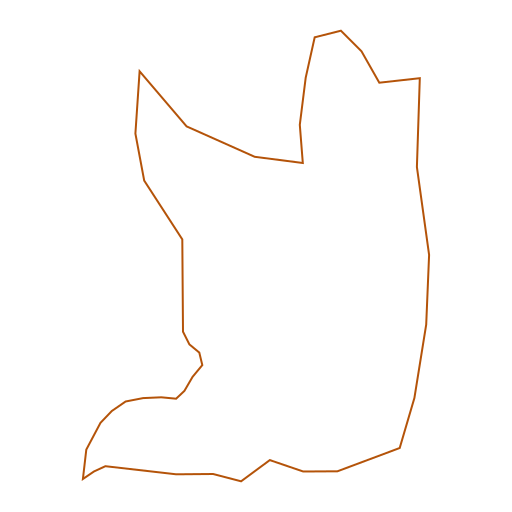 the County of Luweero
{"feature_id": "UGA-3092", "entity_name": "Luweero", "entity_type": "County", "adm_level": 1, "iso_a3": "UGA", "parent_name": "Uganda", "parent_adm1": "", "projection": "albers", "projection_center": [32.54, 0.844], "detail": "fine", "context": "isolated", "style": "outline", "palette": "amber", "viewbox_px": 512, "rotation_deg": 0, "n_neighbors": 0, "source": "natural_earth", "source_scale": "10m", "svg_char_len": 620}
<svg xmlns="http://www.w3.org/2000/svg" viewBox="0 0 512 512"><path d="M340.9,30.7L361.5,51.3L379.3,82.7L419.8,78.2L416.9,167.0L429.1,254.9L426.2,324.6L414.4,398.0L399.7,448.0L337.4,471.3L303.2,471.5L269.8,460.1L241.1,481.3L213.1,474.0L176.2,474.3L105.4,466.2L94.1,471.4L82.9,479.0L86.3,449.6L100.5,422.8L111.8,411.0L125.6,401.5L143.1,398.1L161.3,397.3L176.1,398.7L184.4,390.9L192.6,376.8L202.3,365.1L199.3,352.6L189.4,344.4L183.0,331.7L182.3,239.4L144.2,180.6L135.4,133.6L139.6,71.3L186.6,126.4L254.7,156.8L302.8,163.0L299.8,124.8L305.7,77.7L314.7,37.3L340.9,30.7Z" fill="none" stroke="#b45309" stroke-width="2"/></svg>